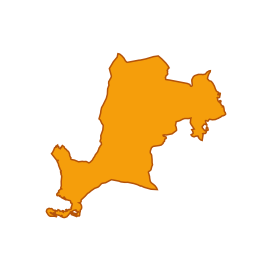 Kampong Svay, Kâmpóng Thum, Cambodia, rotated 347°
{"feature_id": "14789045B4566000056462", "entity_name": "Kampong Svay", "entity_type": "district", "adm_level": 2, "iso_a3": "KHM", "parent_name": "Cambodia", "parent_adm1": "Kâmpóng Thum", "projection": "mercator", "projection_center": [104.694, 12.753], "detail": "fine", "context": "isolated", "style": "filled", "palette": "amber", "viewbox_px": 256, "rotation_deg": 347, "n_neighbors": 0, "source": "geoboundaries", "source_scale": "gbopen_adm2", "svg_char_len": 5858}
<svg xmlns="http://www.w3.org/2000/svg" viewBox="0 0 256 256"><g transform="rotate(347 128 128)"><path d="M142.7,194.6L142.4,192.8L141.4,190.5L140.2,188.8L138.4,186.7L137.9,185.6L137.7,184.7L137.8,182.1L138.1,179.8L137.9,175.7L138.2,175.2L140.2,174.4L141.0,173.8L142.5,170.9L143.6,169.4L143.7,167.2L144.4,163.9L144.9,159.8L144.8,159.0L144.2,157.6L144.2,156.7L144.7,155.2L146.4,152.6L147.8,151.8L148.7,151.6L154.8,152.1L156.7,152.0L158.7,150.9L159.1,150.0L160.6,149.1L161.1,147.5L161.3,147.2L162.7,146.8L163.1,146.4L163.0,145.3L160.8,143.9L160.5,143.3L160.6,142.8L161.8,142.8L163.5,143.4L169.6,143.6L174.7,141.3L175.0,140.2L175.1,138.0L174.8,136.2L176.4,132.7L180.2,132.5L183.2,131.7L185.3,131.5L189.0,132.4L191.6,132.5L191.0,133.6L189.9,136.9L190.3,138.7L192.3,143.9L189.7,143.9L189.9,144.7L190.4,145.6L190.2,146.3L190.4,146.6L190.4,147.6L190.0,148.1L187.9,148.8L188.2,149.7L188.9,150.6L190.4,151.5L192.2,151.2L194.1,151.5L194.5,151.8L194.4,152.4L194.8,153.8L195.3,154.8L196.2,156.0L197.5,156.8L199.7,151.2L199.5,150.4L200.1,150.3L201.8,150.7L202.4,150.6L203.2,149.8L203.5,148.9L203.8,148.5L204.1,148.3L205.4,148.2L205.7,147.8L205.7,145.6L205.3,144.8L204.9,144.7L204.6,145.1L203.4,147.7L203.0,148.1L202.5,148.1L201.8,147.2L200.5,144.6L200.7,143.1L201.9,142.4L203.1,141.4L203.8,141.6L204.8,142.3L205.4,143.0L205.6,142.8L205.1,141.0L205.0,139.4L205.2,138.2L205.7,138.2L207.3,139.3L207.7,139.2L208.8,138.1L209.4,137.8L212.1,139.0L215.0,139.4L217.5,138.9L218.5,138.9L219.2,138.4L220.4,138.3L222.5,137.4L223.3,137.5L225.1,137.2L226.3,136.4L226.2,134.8L225.6,133.5L225.9,130.5L225.9,128.7L225.8,128.3L224.8,128.5L225.0,127.7L224.1,126.6L223.9,125.8L223.7,124.2L224.5,123.2L224.6,122.5L224.0,122.0L223.7,122.0L223.7,123.5L223.3,124.2L222.1,122.4L221.7,121.0L221.9,119.3L221.7,118.6L222.0,118.4L223.3,118.9L224.1,118.8L225.7,115.2L225.6,114.8L225.3,114.7L223.8,116.0L223.2,116.0L223.1,115.5L223.7,114.9L224.2,113.8L223.9,113.3L222.9,112.5L222.4,111.7L221.9,109.5L221.6,106.7L220.7,103.5L219.6,101.3L217.7,100.1L216.5,97.9L217.4,95.8L219.1,93.3L220.7,91.8L221.1,90.7L219.9,90.6L217.4,91.4L215.5,92.9L213.0,92.8L211.7,92.3L208.5,91.6L204.8,92.0L203.3,92.7L201.2,95.1L200.8,96.3L200.3,100.8L199.6,101.5L199.0,101.6L198.4,101.2L198.0,99.5L195.9,98.0L179.4,90.7L175.8,89.3L175.6,89.1L175.9,87.7L175.8,87.1L176.3,86.6L176.7,85.8L178.6,84.7L178.9,84.1L178.8,83.5L179.0,82.3L179.4,81.5L179.1,80.7L179.9,80.0L180.3,79.3L181.5,78.7L181.2,78.2L181.4,77.9L181.1,76.9L179.5,73.3L176.5,68.4L173.7,64.6L168.9,64.2L160.8,64.7L154.9,64.6L154.0,64.4L142.4,63.9L141.6,63.6L140.6,62.0L139.7,58.9L138.2,56.2L136.5,54.1L134.9,53.3L133.4,56.5L128.7,60.1L123.2,65.9L123.5,73.6L123.0,74.8L119.6,78.6L119.1,80.5L119.1,81.9L117.0,85.2L115.5,90.5L113.5,94.3L108.7,100.2L106.9,102.1L105.5,105.0L104.6,107.5L101.8,112.6L102.6,113.6L102.9,114.4L103.5,117.5L104.2,119.1L104.4,120.1L103.0,124.3L99.8,129.3L99.2,132.3L97.8,134.5L97.9,135.2L98.7,135.9L98.4,138.1L96.8,139.4L95.8,140.7L95.2,141.0L94.9,141.8L93.0,144.5L90.1,146.8L89.2,148.1L87.5,149.6L86.1,151.2L83.7,152.7L82.6,153.1L81.9,153.1L79.7,151.2L77.5,150.8L75.9,150.2L72.2,149.8L68.7,147.3L65.6,145.9L65.2,145.2L65.7,144.2L65.3,143.4L65.0,141.7L65.2,140.7L65.1,139.4L64.8,138.0L64.4,137.1L63.8,136.6L63.0,134.9L61.8,133.7L61.5,131.9L60.1,130.3L59.1,131.1L59.0,131.8L58.7,132.0L58.2,131.8L57.9,131.9L57.7,132.7L57.3,133.0L56.0,131.6L56.3,130.4L55.4,129.6L55.5,128.8L54.1,129.4L54.4,129.6L54.9,129.5L55.0,129.9L54.4,130.0L54.4,130.3L54.1,130.5L53.3,130.5L53.2,130.2L52.9,130.6L52.0,130.8L50.9,132.5L49.1,134.7L47.7,135.8L51.3,143.5L51.7,143.8L53.1,143.6L52.3,144.2L51.6,144.2L51.4,144.6L52.1,147.2L52.0,148.8L52.7,153.8L53.2,154.5L52.9,155.6L52.7,155.3L52.4,155.5L52.4,155.9L52.4,156.8L52.7,157.4L52.3,157.8L52.6,159.3L52.4,160.7L50.9,165.0L50.0,169.4L48.9,171.4L49.5,172.3L49.0,172.3L47.3,173.0L46.3,173.6L46.1,174.2L46.3,174.8L46.1,175.2L45.8,174.9L43.7,176.4L43.6,177.7L43.9,178.1L45.0,177.9L46.3,178.5L47.0,179.2L45.3,178.7L46.4,179.5L47.6,180.6L47.8,181.1L50.1,183.0L49.5,181.2L50.2,180.9L51.3,183.3L52.0,184.0L55.3,185.8L55.6,186.5L55.4,188.0L56.3,188.7L56.1,189.0L56.5,189.6L55.5,191.6L54.7,192.6L55.0,192.9L54.7,193.8L54.1,194.3L53.5,194.0L53.2,194.1L52.9,194.5L51.9,194.1L50.5,194.7L50.4,195.1L50.0,195.2L50.2,194.4L50.1,193.9L49.9,193.6L49.3,193.6L49.0,193.7L49.1,194.1L48.8,194.9L48.1,195.3L47.1,194.8L46.2,194.0L45.9,193.9L45.9,195.3L44.8,194.1L43.0,193.9L42.9,192.9L41.7,192.0L41.6,192.3L41.1,192.2L41.0,192.5L40.3,192.6L40.2,193.0L39.9,193.0L38.7,191.9L38.3,193.1L37.9,191.9L36.5,190.9L35.8,189.6L35.4,189.3L34.3,189.2L33.0,188.5L30.9,189.0L30.2,189.9L29.7,190.9L29.8,191.9L30.8,194.7L31.6,195.9L32.4,196.5L36.6,197.5L38.8,198.6L37.2,196.6L33.8,193.9L33.3,193.0L33.5,192.9L37.2,195.5L36.9,194.1L37.2,194.2L38.9,196.6L41.4,197.6L43.0,199.4L43.4,199.2L43.6,198.3L43.9,198.4L44.0,198.6L43.8,199.2L44.2,200.2L45.3,200.8L46.1,201.0L48.5,200.7L49.4,199.9L50.1,199.6L51.5,198.4L52.4,198.1L52.7,197.1L53.1,196.8L54.9,196.7L56.5,196.1L58.8,196.1L58.9,196.3L58.6,196.7L58.6,197.0L59.0,197.0L59.0,197.3L59.4,197.7L60.6,198.2L60.9,198.5L60.9,198.8L59.7,198.8L59.6,199.2L59.4,199.1L58.8,200.1L58.6,200.8L58.4,200.5L58.0,200.6L58.1,199.8L57.4,199.4L56.6,199.0L56.4,199.4L57.4,202.1L57.7,202.4L59.7,202.5L60.7,202.7L61.3,202.1L62.0,199.8L62.7,198.6L63.0,197.4L64.5,196.2L65.1,194.7L65.2,193.1L64.7,190.9L63.5,189.9L64.5,189.9L65.7,189.3L66.1,187.7L66.4,187.4L70.9,184.8L74.0,182.6L75.4,182.2L78.1,180.8L81.9,179.3L85.4,178.9L86.7,178.3L89.4,176.4L90.3,176.1L93.9,176.3L100.2,174.6L107.2,177.7L109.0,178.9L112.6,180.2L115.7,180.9L121.2,183.4L124.6,185.4L127.1,187.4L127.5,187.3L128.2,187.7L130.4,189.4L136.6,192.8L142.7,194.6ZM55.3,198.4L55.3,198.0L55.0,197.8L54.0,197.9L53.9,198.0L54.3,198.6L53.4,199.1L53.4,199.6L57.0,202.0L56.6,200.8L55.6,198.9L55.4,198.7L54.9,198.7L55.3,198.4Z" fill="#f59e0b" stroke="#b45309" stroke-width="1.5"/></g></svg>